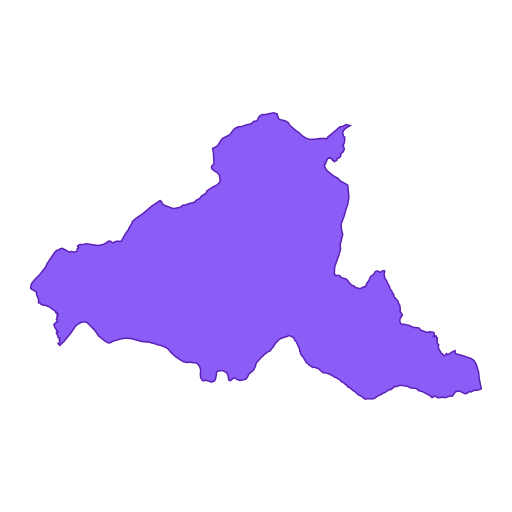 Pakbeng, Oudômxai, Laos
{"feature_id": "54806243B50081562386900", "entity_name": "Pakbeng", "entity_type": "district", "adm_level": 2, "iso_a3": "LAO", "parent_name": "Laos", "parent_adm1": "Oudômxai", "projection": "equal_earth", "projection_center": [101.13, 19.984], "detail": "fine", "context": "isolated", "style": "filled", "palette": "violet", "viewbox_px": 512, "rotation_deg": 0, "n_neighbors": 0, "source": "geoboundaries", "source_scale": "gbopen_adm2", "svg_char_len": 6046}
<svg xmlns="http://www.w3.org/2000/svg" viewBox="0 0 512 512"><path d="M481.3,388.9L479.3,378.9L478.6,372.1L476.2,364.1L473.9,360.4L471.0,358.5L463.2,355.8L456.0,353.8L455.0,352.9L455.2,351.4L455.0,350.6L451.8,352.1L449.1,354.1L447.4,354.5L446.5,353.5L445.2,355.3L444.2,355.7L443.5,355.5L442.4,353.7L440.9,353.1L440.4,351.4L439.5,350.4L438.9,349.0L438.3,347.2L438.7,344.7L437.2,343.1L437.2,341.0L436.9,339.6L437.4,338.5L437.2,337.8L436.7,337.4L436.1,335.9L435.1,336.1L434.4,336.9L433.5,336.3L434.4,335.5L434.1,332.8L432.3,332.0L431.1,332.2L430.1,331.5L429.2,332.4L428.8,332.0L426.8,332.4L420.4,329.9L419.4,328.4L418.0,327.8L412.9,327.3L409.1,325.3L406.8,325.0L404.2,324.2L402.6,324.4L400.6,323.5L399.8,321.3L399.9,319.6L400.5,317.6L402.1,315.7L402.4,314.7L400.1,311.5L400.3,309.3L399.8,305.5L398.2,302.5L397.8,300.8L393.9,296.6L393.7,294.3L392.5,293.1L391.7,290.8L390.0,289.1L389.6,286.8L388.7,285.0L387.6,283.2L386.4,280.2L385.0,278.6L384.1,274.5L384.7,271.3L384.4,270.6L382.8,270.7L380.6,272.2L380.0,272.3L378.7,271.4L376.7,271.0L375.4,271.5L373.7,274.3L371.2,276.1L370.1,277.5L368.8,280.8L367.4,282.3L365.5,286.6L363.7,286.9L360.1,288.7L355.2,287.4L354.1,286.0L351.6,285.2L349.3,282.8L347.6,280.3L345.5,278.7L341.6,277.9L340.4,276.3L339.1,275.4L335.3,275.4L334.3,273.2L334.8,266.4L338.9,255.1L340.6,248.9L340.1,245.3L342.7,234.4L341.4,229.1L341.1,224.0L344.0,216.5L346.1,209.0L347.8,204.1L348.9,197.6L348.2,189.4L347.7,185.1L340.1,180.7L337.7,178.2L333.4,175.8L327.2,170.8L324.8,167.3L325.0,167.2L324.5,166.4L324.4,165.6L324.6,164.3L325.4,164.2L325.6,163.3L325.4,162.6L326.6,161.4L326.7,160.1L327.9,158.6L328.6,158.2L329.3,158.2L329.7,157.5L331.0,158.7L332.7,159.2L332.6,160.5L333.7,160.7L334.4,161.7L335.1,161.0L336.7,160.5L337.2,158.4L338.2,158.3L340.4,156.8L340.7,155.8L340.6,153.9L341.1,153.9L341.7,152.9L342.6,152.4L343.4,151.4L344.4,148.9L343.5,146.7L343.5,145.7L342.8,145.1L344.0,143.7L344.3,142.8L344.3,141.9L344.8,140.4L344.6,138.6L344.8,137.2L343.2,136.0L343.3,134.8L342.7,134.0L342.7,132.6L343.8,130.2L345.3,128.6L350.1,125.6L346.1,124.5L343.0,126.3L339.5,127.0L336.2,130.1L327.9,136.9L326.6,138.9L324.1,138.4L320.1,138.5L315.0,139.2L309.7,139.4L305.9,138.1L302.1,135.7L298.9,132.6L296.2,130.8L290.1,125.6L288.0,122.3L284.9,120.7L281.1,119.9L278.6,118.9L277.0,113.8L273.6,112.8L265.4,114.5L262.1,114.6L259.3,116.3L256.9,120.9L253.8,121.3L251.3,123.7L244.5,125.4L242.1,126.5L238.2,126.8L235.1,128.3L232.6,130.8L229.9,134.7L222.7,138.3L220.9,140.4L218.3,144.6L216.6,146.5L212.6,148.5L213.4,152.7L214.0,164.0L212.4,165.2L211.4,166.8L211.5,168.1L212.4,169.4L217.8,173.2L219.4,175.4L220.2,181.7L217.1,184.9L212.8,187.0L206.7,191.1L206.5,192.1L205.7,193.5L201.7,195.9L199.6,198.5L196.0,200.4L194.6,202.2L188.6,203.7L185.1,205.1L182.8,205.2L180.2,207.3L173.8,208.6L171.0,207.8L164.3,205.2L162.5,204.0L161.5,201.7L160.1,200.5L151.8,206.1L142.4,214.0L135.7,218.5L132.4,221.5L131.5,224.1L129.7,226.8L128.1,230.2L125.3,233.9L121.3,241.2L119.2,241.4L117.4,241.1L115.2,241.7L112.8,243.0L110.4,241.2L109.7,241.0L107.7,241.5L106.8,242.5L104.0,244.1L101.7,244.9L97.9,245.5L86.9,243.8L84.9,244.0L82.3,244.8L81.3,244.4L80.2,244.5L77.7,245.7L77.6,246.5L78.6,247.4L78.6,248.0L77.3,248.7L77.0,251.2L74.1,252.2L71.1,251.4L69.5,252.2L62.4,248.3L60.0,248.8L58.8,250.0L56.6,250.4L54.7,252.3L47.1,263.6L45.8,266.8L39.7,274.6L34.6,279.8L31.8,283.2L31.1,284.9L30.7,287.3L30.9,288.8L36.2,291.8L36.8,295.1L37.5,297.2L38.6,299.1L38.5,302.8L39.7,302.7L40.9,304.2L43.1,305.2L47.0,305.7L48.2,306.7L50.2,307.0L51.2,308.4L55.8,311.5L55.7,312.4L56.4,313.3L57.1,312.9L58.0,313.8L57.0,315.5L57.8,316.2L56.9,317.0L57.2,318.5L56.4,319.4L57.3,320.6L57.4,321.5L56.4,321.9L55.8,322.9L54.5,323.6L53.8,324.8L54.4,325.8L55.0,327.8L56.5,329.6L56.5,330.9L58.0,331.3L57.7,332.3L56.6,332.6L56.4,333.1L58.0,336.2L58.2,337.7L60.0,338.1L59.8,339.1L59.2,339.8L59.8,340.9L59.7,341.7L59.1,342.7L58.9,343.6L58.3,343.5L58.6,344.3L59.8,345.4L63.7,341.7L71.0,332.9L75.1,326.7L77.1,324.7L81.5,322.2L84.3,321.9L86.2,322.2L88.3,323.7L95.0,330.6L98.6,336.0L105.1,341.1L107.7,342.7L109.5,343.0L113.3,341.1L121.7,338.7L126.1,338.1L131.7,338.7L141.7,341.5L149.4,342.2L152.1,343.1L154.0,343.4L157.7,344.8L160.4,345.3L166.0,347.6L167.6,348.5L171.4,352.9L175.6,356.7L182.7,361.4L187.0,362.6L189.4,362.2L196.1,363.0L197.5,363.8L199.3,365.9L200.5,369.1L200.7,370.8L200.3,374.1L200.7,377.7L202.2,380.3L203.2,380.7L203.7,380.8L204.6,380.2L209.0,381.1L211.3,382.1L214.2,381.2L215.5,379.2L216.5,373.9L216.4,372.7L216.8,372.0L217.8,371.1L221.3,370.6L223.3,370.8L226.9,372.9L228.1,375.9L228.7,379.6L229.2,380.4L229.7,380.6L230.9,380.4L232.9,378.5L234.8,377.9L235.5,378.2L236.4,379.2L240.0,380.5L245.6,379.3L247.3,377.4L248.9,374.1L253.6,370.0L255.4,366.4L256.2,363.2L257.1,362.1L261.9,356.7L263.5,355.6L264.5,354.1L266.3,353.1L267.5,352.0L270.4,350.7L271.6,348.6L273.0,347.3L275.2,343.7L278.9,339.7L280.0,338.9L284.8,337.0L286.0,336.9L288.6,335.8L290.1,335.8L293.7,337.8L294.9,340.3L295.6,341.2L296.1,341.4L299.5,348.8L299.8,351.3L300.3,351.9L300.4,353.0L301.2,354.9L303.4,357.6L306.5,362.8L308.0,363.8L309.2,365.1L312.7,367.4L314.6,367.3L318.8,368.8L319.8,370.0L323.2,372.8L326.4,372.9L328.9,374.1L330.0,374.0L331.2,375.2L333.3,376.1L334.5,377.2L335.8,377.4L340.4,380.3L341.3,381.6L342.8,382.2L346.7,385.4L347.7,386.8L350.0,387.8L352.8,390.4L354.6,391.3L358.3,394.8L360.6,395.8L364.3,398.6L365.6,399.2L366.9,398.7L371.5,398.9L374.4,398.5L377.5,396.1L381.8,394.1L383.4,393.0L384.6,392.7L388.8,389.8L390.5,389.7L391.9,388.9L394.3,386.7L397.5,386.3L399.5,385.4L401.8,385.4L407.7,386.4L410.8,388.0L415.3,388.3L417.0,388.8L417.3,389.5L418.5,390.6L419.2,390.5L420.5,391.2L422.5,391.6L429.5,395.4L430.1,395.5L430.7,396.5L432.0,397.6L433.0,397.3L433.5,396.3L434.2,396.0L436.3,396.7L437.4,397.7L441.0,397.6L441.5,396.9L443.8,397.6L446.6,397.3L449.5,396.1L452.4,396.1L453.2,395.2L453.4,394.2L454.4,393.5L455.2,392.0L455.9,391.4L457.0,391.5L458.6,391.0L460.6,391.6L464.6,393.5L466.2,393.6L467.7,392.9L469.4,391.4L470.8,392.0L474.9,390.1L477.1,390.3L481.3,388.9Z" fill="#8b5cf6" stroke="#5b21b6" stroke-width="1.5"/></svg>